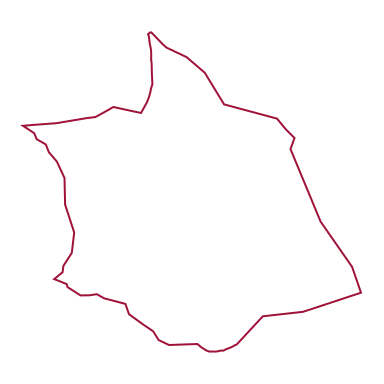 the district of Darvi, Hovd, Mongolia
{"feature_id": "93677404B97988329611123", "entity_name": "Darvi", "entity_type": "district", "adm_level": 2, "iso_a3": "MNG", "parent_name": "Mongolia", "parent_adm1": "Hovd", "projection": "robinson", "projection_center": [93.606, 47.084], "detail": "fine", "context": "isolated", "style": "outline", "palette": "rose", "viewbox_px": 384, "rotation_deg": 0, "n_neighbors": 0, "source": "geoboundaries", "source_scale": "gbopen_adm2", "svg_char_len": 1687}
<svg xmlns="http://www.w3.org/2000/svg" viewBox="0 0 384 384"><path d="M320.6,221.6L290.5,149.1L294.5,138.0L285.8,129.3L277.0,118.6L224.1,104.4L211.4,83.6L204.8,72.8L186.7,57.2L166.5,47.6L165.9,47.1L165.7,46.8L163.9,45.3L162.3,43.8L151.3,32.4L149.7,32.6L149.4,33.0L148.8,33.6L148.0,34.2L148.5,35.4L148.9,36.5L149.1,38.3L149.3,40.4L149.5,41.8L150.3,46.3L150.6,47.5L150.7,48.6L151.1,50.3L151.1,50.9L151.2,54.8L151.2,57.2L151.2,58.5L151.1,59.3L151.1,59.9L151.4,61.0L151.7,64.9L151.7,66.6L151.9,74.0L152.4,84.1L151.2,88.1L150.6,90.4L150.6,91.2L149.0,97.0L147.0,102.2L141.0,113.0L113.3,107.0L107.0,110.7L95.3,117.1L87.4,118.0L56.3,123.2L32.1,125.0L25.6,125.6L23.0,125.8L34.2,133.2L36.7,139.2L45.9,144.5L48.8,152.1L56.9,161.6L64.5,178.0L65.1,204.6L74.2,232.5L71.8,252.9L63.4,265.9L62.6,272.2L54.2,279.1L66.7,284.1L67.5,287.1L80.5,295.4L89.1,295.3L96.8,294.2L104.3,298.4L125.4,303.9L129.0,314.2L143.4,324.7L153.2,331.3L158.7,340.1L169.0,345.0L197.4,344.0L198.3,344.8L198.6,345.0L199.5,345.7L199.8,345.9L200.1,346.4L200.9,347.0L201.6,347.4L201.9,347.6L202.5,348.0L203.0,348.4L204.1,349.0L204.3,349.1L204.7,349.4L205.0,349.7L205.5,349.9L205.6,350.2L206.0,350.3L206.5,350.5L206.8,350.7L207.0,350.8L207.5,350.9L207.8,350.9L208.6,351.3L209.4,351.6L209.9,351.6L210.3,351.5L212.3,351.5L213.6,351.5L215.4,351.6L216.3,351.5L217.4,351.3L218.5,351.2L220.1,350.7L221.1,350.5L221.4,350.7L221.7,350.7L222.4,350.7L223.0,350.7L224.3,350.2L225.4,349.5L229.2,348.0L229.7,347.9L230.0,347.6L230.7,347.5L231.4,347.2L232.2,346.8L234.1,345.7L234.7,345.3L235.4,345.1L236.2,344.7L236.8,344.4L262.8,316.3L303.1,311.8L361.0,292.7L352.1,266.9L320.6,221.6L320.6,221.6Z" fill="none" stroke="#9f1239" stroke-width="2"/></svg>